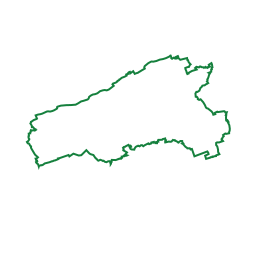 Clonmel Lea-6, South Tipperary, Ireland (Robinson projection), rotated 161°
{"feature_id": "5873133B92234253465118", "entity_name": "Clonmel Lea-6", "entity_type": "district", "adm_level": 2, "iso_a3": "IRL", "parent_name": "Ireland", "parent_adm1": "South Tipperary", "projection": "robinson", "projection_center": [-7.699, 52.42], "detail": "fine", "context": "isolated", "style": "outline", "palette": "green", "viewbox_px": 256, "rotation_deg": 161, "n_neighbors": 0, "source": "geoboundaries", "source_scale": "gbopen_adm2", "svg_char_len": 5167}
<svg xmlns="http://www.w3.org/2000/svg" viewBox="0 0 256 256"><g transform="rotate(161 128 128)"><path d="M31.8,106.4L30.9,108.2L31.3,108.4L29.5,110.7L30.9,111.0L31.1,112.0L31.6,112.6L37.9,113.8L38.3,114.4L40.8,114.1L40.9,112.7L43.0,112.8L43.0,114.7L43.6,116.5L46.1,120.4L46.9,120.9L47.6,121.9L47.8,124.6L48.5,127.9L50.0,131.5L51.6,131.4L51.8,131.9L52.6,132.5L52.3,133.3L52.5,134.6L52.8,135.1L53.2,135.1L53.8,135.5L53.0,138.7L51.6,139.9L50.6,139.5L48.3,140.1L46.6,142.2L44.9,142.9L43.9,143.8L42.9,143.7L41.7,143.4L39.8,144.0L38.5,144.1L38.3,144.3L37.6,144.4L38.2,146.4L37.4,146.8L37.2,148.1L36.9,148.1L35.3,150.0L34.0,151.9L32.8,152.9L33.7,153.9L31.0,154.1L30.3,156.2L29.6,156.2L29.2,157.8L28.4,157.9L27.9,160.9L28.0,162.2L30.9,161.5L31.1,161.4L30.6,159.5L32.8,159.1L32.7,159.6L34.6,159.6L34.8,160.5L36.4,160.2L36.4,160.6L38.5,161.5L39.3,162.5L40.0,162.4L40.3,162.7L41.2,162.2L43.4,163.6L45.0,162.9L44.2,161.6L44.0,160.9L48.9,161.1L52.9,160.4L53.0,159.8L54.3,159.7L54.5,161.0L54.3,162.4L54.5,164.8L54.3,166.1L51.9,166.2L50.5,165.9L49.1,167.4L48.1,167.8L49.2,170.4L49.2,172.6L49.7,172.8L49.4,174.9L56.4,175.5L57.3,177.3L57.8,178.8L57.3,179.3L57.4,179.8L59.4,179.6L59.2,179.2L59.5,178.4L58.9,178.3L59.0,177.9L60.2,178.0L61.0,178.8L61.2,178.7L61.9,179.6L63.8,179.1L64.3,179.9L64.1,180.1L64.1,181.5L64.1,182.6L64.3,182.7L65.6,182.1L69.4,181.7L72.6,181.8L75.7,182.3L79.3,182.1L82.5,182.5L84.1,183.2L84.8,183.2L87.7,182.7L92.0,181.1L92.9,180.1L92.8,178.7L95.3,178.2L95.5,178.2L98.5,177.5L98.8,177.5L100.7,177.0L102.7,177.1L104.0,177.0L104.6,180.0L107.9,179.0L107.9,180.5L108.5,180.5L109.0,180.2L109.3,180.3L109.6,180.0L110.0,179.9L110.1,179.4L111.1,179.3L110.9,179.1L111.2,179.1L113.1,178.8L112.1,178.5L112.2,178.0L114.5,177.6L117.6,177.5L119.9,176.6L120.4,176.7L121.0,176.1L122.4,176.0L123.0,175.7L123.0,175.4L124.7,174.9L127.7,174.9L128.5,174.3L127.8,172.5L133.6,170.6L135.8,170.5L137.7,171.5L139.4,171.8L142.4,171.9L145.6,170.8L148.0,170.7L150.4,171.1L152.5,170.8L154.6,170.1L155.7,168.6L156.9,168.1L161.4,168.2L163.7,168.4L166.9,167.6L169.9,167.1L174.6,168.3L178.6,169.6L184.2,171.0L187.8,171.1L188.3,170.8L188.5,169.8L189.0,169.4L192.2,168.8L194.1,168.7L196.3,168.9L198.2,169.8L199.4,170.0L204.4,169.5L206.4,169.6L208.8,170.0L211.2,170.0L211.0,166.5L211.5,166.3L214.6,166.2L217.0,165.5L217.7,165.4L217.8,164.9L218.8,164.1L218.2,161.6L218.6,160.1L217.6,159.8L216.7,157.7L215.8,156.8L216.1,156.4L215.9,156.2L217.0,155.9L217.8,156.6L218.3,156.7L218.8,156.6L220.5,157.5L220.9,156.6L221.2,156.6L221.3,155.9L222.3,155.3L222.3,154.8L223.7,155.0L224.2,152.8L224.7,152.7L225.1,151.7L225.2,150.4L224.9,149.6L225.1,149.3L226.7,148.1L228.1,147.7L227.9,146.6L227.5,145.9L226.9,145.7L226.4,144.6L226.4,143.3L225.7,142.3L225.7,141.8L226.1,141.2L226.1,140.3L224.6,133.1L222.7,129.6L224.3,128.9L225.3,129.1L225.3,127.3L224.6,126.8L224.7,125.9L226.1,125.7L226.1,125.4L226.0,125.0L225.8,124.9L225.6,124.1L224.8,123.0L224.9,120.6L224.4,121.3L223.8,121.1L222.5,121.2L221.7,121.0L221.6,120.8L220.3,120.9L218.3,121.6L213.4,121.2L210.8,121.3L210.1,121.1L208.6,121.3L207.5,121.1L204.0,121.3L204.0,122.0L202.6,121.8L193.0,121.8L192.7,120.2L188.0,121.5L183.5,118.0L181.0,117.5L174.6,120.6L172.8,116.5L172.0,115.5L169.5,113.7L168.6,110.3L168.2,109.9L168.1,109.3L167.5,108.5L167.2,107.3L166.5,106.7L164.6,107.0L163.2,105.9L162.5,105.0L161.7,105.0L160.9,103.6L159.5,102.7L157.5,103.0L156.0,102.5L155.7,101.1L156.1,100.8L155.9,100.1L156.1,99.5L155.7,99.8L155.3,100.8L154.6,101.2L154.8,101.7L154.2,102.1L153.7,103.1L150.1,101.7L148.2,101.7L147.2,101.9L146.9,101.6L145.5,101.8L145.3,101.5L144.6,101.2L144.3,101.5L144.0,101.5L143.9,102.0L143.3,102.0L143.2,103.0L141.6,102.7L141.3,103.0L140.9,102.5L139.5,102.6L138.3,102.3L137.7,102.4L139.4,103.8L136.9,105.2L137.1,105.5L139.7,108.4L139.0,109.3L139.2,109.7L138.9,110.2L139.1,110.9L138.0,111.4L136.7,111.2L136.0,111.5L133.1,111.9L132.8,110.5L131.9,110.7L131.8,110.0L131.2,110.0L131.1,109.2L132.6,108.8L132.4,107.4L131.7,106.6L129.1,105.5L128.5,106.4L126.9,107.6L125.4,107.9L124.4,107.7L124.1,107.9L123.0,106.9L121.4,107.5L120.3,107.2L119.5,105.8L117.7,106.3L114.0,106.8L114.0,106.4L113.0,106.1L113.0,105.8L112.4,105.8L111.2,105.8L110.7,106.7L108.3,106.5L108.6,105.8L106.8,105.6L106.9,104.7L105.5,104.2L105.0,105.4L103.8,105.2L103.7,106.5L103.2,106.9L100.4,106.0L99.3,105.8L98.8,106.2L96.3,106.0L96.7,104.3L97.1,103.4L96.4,103.5L97.1,102.2L93.8,101.9L92.5,101.2L91.3,101.0L89.4,102.1L88.8,101.6L88.2,101.5L87.6,101.2L87.4,100.9L87.7,100.7L86.1,99.3L85.2,97.8L85.0,97.7L84.0,98.3L82.5,98.6L81.0,98.0L81.3,96.7L80.8,95.6L81.7,95.5L81.2,95.0L79.8,91.5L78.7,90.1L78.5,89.4L76.4,88.8L75.8,88.2L76.0,87.9L75.8,87.3L74.4,87.3L74.4,79.6L60.6,80.0L60.2,78.5L60.3,77.1L64.1,76.7L64.2,73.4L59.8,73.2L59.5,73.5L57.5,73.0L57.3,73.5L56.1,73.1L55.6,73.2L53.9,72.8L53.6,73.4L51.3,73.6L51.2,73.4L50.1,73.5L50.6,76.0L49.9,78.3L49.6,81.5L50.2,83.2L49.5,85.2L48.5,85.4L46.6,84.7L42.4,84.7L42.8,85.9L43.3,86.2L43.2,87.0L41.9,87.8L41.8,88.1L41.1,88.6L40.2,89.0L40.4,90.4L37.8,91.1L37.1,90.5L34.1,90.1L33.7,91.3L32.8,92.3L32.0,94.1L31.3,97.6L31.7,100.9L31.1,100.8L31.0,101.3L31.5,103.1L32.6,103.0L32.7,103.4L31.8,106.4Z" fill="none" stroke="#15803d" stroke-width="2"/></g></svg>